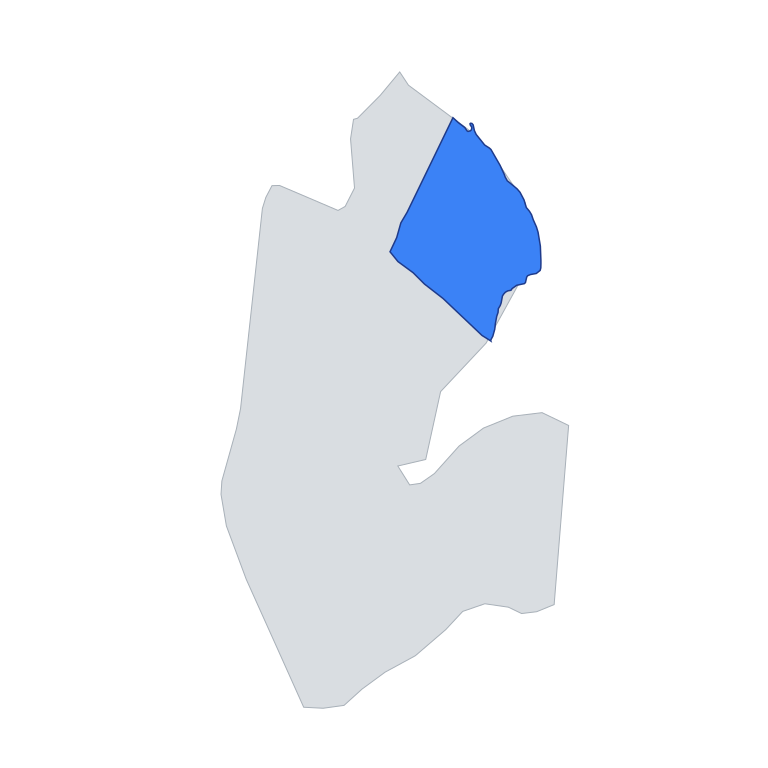 Obock, Obock, Djibouti (highlighted), rotated 339°
{"feature_id": "41766387B51204577272085", "entity_name": "Obock", "entity_type": "district", "adm_level": 2, "iso_a3": "DJI", "parent_name": "Djibouti", "parent_adm1": "Obock", "projection": "equal_earth", "projection_center": [43.238, 12.173], "detail": "fine", "context": "in_parent", "style": "filled", "palette": "blue", "viewbox_px": 768, "rotation_deg": 339, "n_neighbors": 0, "source": "geoboundaries", "source_scale": "gbopen_adm2", "svg_char_len": 1828}
<svg xmlns="http://www.w3.org/2000/svg" viewBox="0 0 768 768"><g transform="rotate(339 384 384)"><path d="M541.5,488.9L520.7,532.2L494.1,587.7L463.8,650.9L444.9,651.3L430.2,647.6L420.1,636.9L399.4,625.3L376.0,624.5L353.7,635.4L315.9,648.9L281.8,653.4L254.3,660.9L231.5,669.7L211.0,664.9L193.2,657.0L189.5,589.8L185.4,517.0L186.0,460.0L192.3,428.6L197.9,416.4L230.1,373.1L241.3,355.5L278.2,283.8L309.8,222.4L333.4,176.5L340.6,167.4L350.5,158.7L357.6,161.2L403.3,205.5L411.4,204.3L426.7,190.5L440.6,143.2L450.4,126.0L454.5,126.4L483.9,113.2L510.5,98.3L513.9,113.8L554.2,177.3L567.3,208.5L580.8,265.7L573.8,297.6L563.3,318.4L547.8,337.0L494.0,382.4L434.1,411.4L395.9,469.4L367.5,465.5L371.8,487.4L382.4,489.8L398.9,485.7L431.9,468.8L461.1,460.8L492.7,460.2L521.3,467.4L541.5,488.9Z" fill="#d9dde1" stroke="#a8b0b8" stroke-width="1"/><path d="M437.0,262.7L440.9,274.7L451.1,290.6L457.6,305.2L469.7,325.2L492.9,373.8L499.1,382.1L499.1,381.9L500.0,380.7L502.7,378.4L507.0,372.6L509.7,367.4L513.5,361.2L516.1,358.1L517.7,354.7L520.1,352.8L520.8,352.2L522.5,350.2L526.1,344.3L528.0,342.9L530.2,341.8L532.9,341.4L536.1,342.0L537.9,340.8L543.3,339.4L547.3,340.0L551.0,340.6L552.4,340.0L555.5,335.4L556.8,334.4L560.0,334.3L565.8,335.4L570.5,333.9L572.0,331.8L573.7,327.7L574.8,324.8L579.4,311.3L582.2,297.6L582.6,292.0L582.2,284.1L582.4,278.8L581.7,274.9L580.1,270.2L580.7,262.3L579.7,253.8L578.2,249.6L575.9,245.4L571.8,238.3L571.8,237.6L571.3,234.2L571.4,231.6L570.7,221.3L567.9,203.4L566.9,201.4L565.4,199.4L563.6,196.9L559.5,184.1L559.2,179.9L560.1,174.0L559.5,172.3L558.4,171.6L557.7,171.7L557.3,172.9L557.9,175.6L557.5,176.8L556.5,178.1L555.2,178.6L552.9,178.3L552.6,177.9L552.2,177.3L551.4,173.6L547.0,166.5L543.8,160.1L467.1,232.0L457.5,239.6L448.3,251.9L437.0,262.7Z" fill="#3b82f6" stroke="#1e3a8a" stroke-width="1.5"/></g></svg>